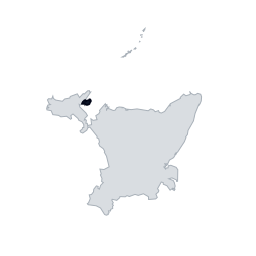 location of Tripura within India, rotated 225°
{"feature_id": "IND-3301", "entity_name": "Tripura", "entity_type": "State", "adm_level": 1, "iso_a3": "IND", "parent_name": "India", "parent_adm1": "", "projection": "mercator", "projection_center": [91.787, 23.743], "detail": "fine", "context": "in_parent", "style": "filled", "palette": "ink", "viewbox_px": 256, "rotation_deg": 225, "n_neighbors": 0, "source": "natural_earth", "source_scale": "10m", "svg_char_len": 5229}
<svg xmlns="http://www.w3.org/2000/svg" viewBox="0 0 256 256"><g transform="rotate(225 128 128)"><path d="M51.1,116.5L54.0,115.8L54.3,113.8L59.7,114.7L63.3,113.2L64.5,114.3L66.3,113.3L64.2,105.9L62.2,105.7L61.3,104.5L61.5,101.0L58.2,99.6L58.3,97.4L62.9,92.0L65.0,93.9L70.6,92.4L73.1,87.6L76.1,86.0L78.6,80.5L80.9,79.5L81.3,77.4L85.2,73.8L84.6,72.8L84.8,68.9L88.8,66.4L88.4,65.5L85.5,64.7L85.4,63.1L83.7,63.0L83.5,61.6L81.9,60.3L82.7,58.3L81.7,57.0L83.2,55.6L81.4,54.7L81.7,53.7L80.8,52.8L81.7,51.0L83.4,50.3L90.9,52.0L95.5,50.5L101.9,45.6L103.2,45.7L103.0,47.2L104.7,51.3L108.1,53.3L106.8,55.1L107.2,58.4L108.9,60.5L109.4,64.7L107.8,65.6L106.6,64.1L105.0,64.5L106.8,68.1L106.9,72.0L108.8,71.5L110.8,74.0L114.3,75.3L114.5,76.6L118.8,79.1L115.6,81.7L113.9,87.2L123.3,92.9L127.6,94.1L127.9,95.0L130.8,95.9L135.1,95.2L137.8,96.3L138.2,97.9L141.1,99.6L142.9,99.0L144.1,100.4L155.7,101.7L156.5,99.7L155.6,97.3L156.4,92.5L158.7,91.6L159.9,92.1L159.6,95.0L160.4,96.2L159.6,97.1L161.7,99.2L165.0,99.9L168.1,98.7L170.1,99.4L176.8,99.0L177.2,96.4L174.6,94.8L174.8,93.6L179.7,92.9L183.4,88.4L186.1,87.8L190.6,84.3L194.6,85.9L198.1,83.5L199.7,84.6L198.5,85.7L198.6,86.6L200.2,85.8L200.9,87.6L199.4,89.7L201.0,89.4L204.8,90.9L204.9,92.5L202.5,94.6L203.7,97.4L201.7,96.1L198.9,96.6L193.3,100.5L193.3,103.7L190.4,108.0L191.1,109.5L188.0,116.3L183.8,115.3L184.0,120.6L182.9,121.2L182.8,125.8L181.6,127.1L180.6,126.3L179.8,127.2L178.1,117.5L176.4,117.4L174.8,121.5L173.8,120.2L173.2,120.8L172.4,118.0L173.4,115.1L176.1,114.5L177.3,113.3L178.0,110.5L179.2,110.2L177.0,108.8L168.5,108.9L165.4,108.1L165.3,104.3L164.5,102.7L163.9,104.0L162.9,104.0L161.1,101.6L160.1,102.5L157.6,100.7L158.0,101.8L156.1,104.6L160.7,108.3L158.1,108.7L155.8,112.0L159.5,114.0L158.7,117.5L159.5,119.9L160.6,120.3L161.2,129.1L160.2,128.5L159.6,129.4L159.1,126.4L158.8,129.0L157.2,128.5L156.3,129.2L156.7,126.3L155.4,125.0L156.5,126.4L155.4,128.1L150.9,129.9L149.7,131.4L150.3,134.4L149.1,136.6L147.1,138.3L146.4,138.1L146.3,139.0L142.9,140.1L142.5,139.0L141.2,139.7L140.8,140.7L142.2,140.5L138.7,143.3L135.1,147.9L125.9,154.5L125.4,157.5L122.8,158.8L120.3,158.7L118.7,161.9L116.9,161.1L115.0,162.2L113.8,165.6L115.1,174.3L114.3,173.0L113.8,173.6L115.3,175.0L111.9,186.0L112.7,186.6L112.6,191.3L109.9,191.7L107.9,195.4L108.3,196.6L110.4,197.4L108.1,197.0L105.2,197.8L104.0,199.0L103.3,201.7L100.4,203.3L98.0,202.1L95.3,198.9L94.1,196.0L93.7,193.4L94.8,195.5L94.2,193.5L90.9,185.7L86.8,179.3L83.9,168.8L81.6,165.6L81.0,162.4L80.2,162.2L78.4,158.0L75.9,146.0L76.6,143.9L76.4,143.1L75.7,144.1L75.5,143.5L75.6,142.3L76.5,142.4L75.5,142.0L74.8,139.3L76.0,134.6L74.6,130.7L75.2,130.1L74.5,130.1L77.2,128.5L74.2,128.8L75.0,127.2L74.1,127.2L74.2,126.2L75.6,125.8L72.3,125.6L72.8,126.6L71.5,128.1L72.7,129.7L71.4,131.9L66.2,134.2L63.3,133.7L55.3,125.4L55.8,124.6L57.0,125.5L61.7,123.8L63.3,120.9L59.0,122.8L56.7,122.2L53.6,120.3L52.4,118.1L54.3,116.5L51.5,118.0L51.1,116.5ZM180.6,184.8L179.6,183.0L180.9,181.1L181.3,175.0L182.4,174.0L181.4,177.2L182.0,179.4L181.3,180.0L180.6,184.8ZM186.4,207.8L186.4,210.4L185.5,209.0L186.4,207.8ZM179.4,190.1L178.7,190.1L178.6,189.0L179.5,188.2L179.4,190.1ZM184.0,203.6L184.0,204.4L183.8,203.7L184.0,203.6ZM184.9,202.6L184.6,203.6L184.7,202.5L184.9,202.6ZM185.7,206.9L185.4,207.7L185.2,207.4L185.7,206.9ZM181.0,197.5L180.6,197.5L180.8,197.1L181.0,197.5ZM180.4,185.2L179.9,185.6L180.2,185.0L180.4,185.2ZM182.1,182.1L182.4,182.9L181.8,182.3L182.1,182.1ZM182.8,202.4L182.4,202.3L182.6,201.9L182.8,202.4ZM180.6,177.2L180.4,178.0L180.5,177.1L180.6,177.2Z" fill="#d9dde1" stroke="#a8b0b8" stroke-width="1"/><path d="M178.1,117.3L177.9,117.3L177.9,117.6L177.7,117.6L177.7,117.3L177.6,117.2L177.3,117.3L177.1,117.6L176.9,117.7L176.6,117.4L176.4,117.2L176.3,117.3L176.3,117.6L176.5,118.3L176.5,118.5L176.3,118.7L176.3,118.8L176.2,118.9L175.9,119.0L175.7,119.3L175.5,119.5L175.4,119.8L175.5,120.0L175.6,120.6L175.7,120.8L175.6,121.0L175.4,121.2L175.4,121.3L175.2,121.4L175.0,121.5L174.9,121.5L174.7,121.6L174.4,121.5L174.3,121.4L174.2,121.3L174.2,121.2L174.0,120.6L173.9,120.3L173.9,120.2L173.7,120.0L173.6,119.9L173.4,120.0L173.4,120.3L173.5,120.8L173.5,121.0L173.3,121.0L173.2,120.8L173.1,120.6L173.0,119.6L172.9,119.6L172.9,119.4L173.0,119.4L172.9,119.3L172.9,119.2L172.7,118.9L172.7,118.7L172.5,118.4L172.4,118.3L172.4,118.2L172.2,117.9L172.2,117.6L172.3,117.6L172.4,117.4L172.2,117.4L172.2,117.2L172.3,117.1L172.5,117.0L172.6,116.9L172.7,116.6L172.6,116.3L172.6,116.2L172.8,115.8L172.9,115.7L173.0,115.7L173.3,115.7L173.3,115.4L173.4,115.2L173.6,115.0L174.0,115.1L174.4,115.1L174.6,115.1L174.7,114.9L174.8,114.5L174.8,114.4L175.0,114.6L175.1,114.8L175.3,114.8L175.4,114.7L175.3,114.4L175.7,114.3L175.8,114.4L175.8,114.5L176.0,114.7L176.1,114.8L176.1,114.7L176.3,114.1L176.2,113.8L176.2,113.7L176.4,113.6L176.5,113.8L176.6,113.7L177.0,113.5L177.2,113.4L177.3,113.3L177.4,113.1L177.3,112.8L177.4,112.7L177.5,112.5L177.9,112.7L178.0,112.8L178.0,113.0L178.1,113.3L178.2,113.5L177.9,114.1L178.0,114.2L178.4,114.3L178.5,114.4L178.5,114.5L178.5,115.0L178.5,115.3L178.5,115.5L178.4,115.9L178.4,116.0L178.5,116.2L178.5,116.3L178.5,116.5L178.4,116.5L178.2,116.5L178.2,116.8L178.2,117.2L178.1,117.3Z" fill="#0f172a" stroke="#020617" stroke-width="1.5"/></g></svg>